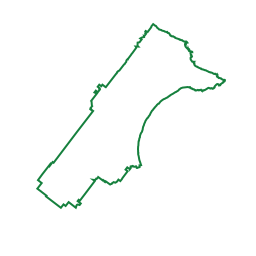 outline of Busselton, Western Australia, Australia, rotated 127°
{"feature_id": "25037944B46798430259876", "entity_name": "Busselton", "entity_type": "district", "adm_level": 2, "iso_a3": "AUS", "parent_name": "Australia", "parent_adm1": "Western Australia", "projection": "albers", "projection_center": [115.148, -33.685], "detail": "fine", "context": "isolated", "style": "outline", "palette": "green", "viewbox_px": 256, "rotation_deg": 127, "n_neighbors": 0, "source": "geoboundaries", "source_scale": "gbopen_adm2", "svg_char_len": 5555}
<svg xmlns="http://www.w3.org/2000/svg" viewBox="0 0 256 256"><g transform="rotate(127 128 128)"><path d="M204.1,168.4L216.6,168.6L223.8,168.5L223.9,163.8L231.0,163.9L231.1,152.3L232.0,152.3L232.1,133.6L227.8,133.5L227.8,130.9L222.9,130.8L223.1,121.7L222.0,122.0L221.1,122.5L220.0,122.5L219.3,122.0L218.6,120.3L216.7,120.3L216.7,124.2L215.0,124.2L215.0,122.7L190.3,122.6L190.3,124.5L189.8,123.6L188.9,123.0L188.5,122.9L187.6,122.9L187.6,122.5L187.1,122.3L185.7,122.2L185.1,122.3L185.1,116.6L184.5,116.6L184.5,114.3L185.0,114.3L185.0,113.7L184.0,113.7L183.9,108.4L183.7,108.4L182.6,107.5L182.1,107.3L181.5,107.5L181.0,107.4L180.4,106.9L179.8,106.8L179.7,106.3L179.5,105.9L179.4,105.4L179.2,105.1L178.4,104.9L178.2,104.7L177.3,104.6L177.2,104.5L175.0,104.6L175.0,102.2L174.9,102.2L172.7,102.1L171.2,102.3L162.7,102.3L162.7,104.9L159.9,104.9L160.0,103.5L159.9,103.2L159.7,103.1L159.7,102.8L159.6,102.6L159.7,102.3L159.5,101.9L159.7,101.7L159.0,101.7L158.6,102.0L158.2,101.8L157.5,102.4L157.4,102.6L157.2,102.7L157.0,102.4L156.6,102.4L156.5,102.2L156.3,101.8L156.1,101.4L155.8,101.4L155.8,101.6L155.7,101.6L155.4,101.4L155.4,100.1L154.9,99.3L153.8,98.6L154.3,97.6L154.2,97.4L154.6,97.0L154.4,96.6L153.7,96.2L153.3,96.1L152.3,95.2L151.4,95.7L150.9,96.3L149.8,95.2L148.1,97.6L146.7,99.7L143.9,102.7L143.0,103.9L141.8,104.9L141.6,104.8L140.6,105.9L140.1,106.2L139.0,107.2L137.5,108.2L137.0,108.6L135.7,109.2L134.7,109.9L132.1,111.6L131.7,111.5L129.4,112.7L128.2,112.9L127.1,113.7L126.5,113.9L124.5,114.5L122.4,114.6L121.4,115.1L120.7,115.2L119.3,116.0L117.7,116.7L116.5,116.9L114.7,117.6L113.1,117.9L111.9,118.3L109.4,118.5L108.4,118.5L107.5,118.2L106.5,118.5L104.6,118.4L102.4,118.9L99.8,119.2L98.7,119.0L96.8,119.1L96.5,118.9L95.5,119.0L92.8,118.7L92.2,118.8L90.3,118.4L90.0,118.0L87.4,118.0L85.0,117.4L83.4,116.8L82.7,116.3L80.7,115.4L79.7,114.8L78.7,114.7L77.4,114.1L77.2,114.2L75.2,113.5L73.8,112.8L72.9,112.5L71.4,111.9L70.9,111.8L70.3,111.3L69.5,111.1L68.8,110.7L67.8,110.4L66.2,110.3L65.7,110.0L64.6,109.8L62.9,108.7L59.3,104.9L59.0,104.1L58.0,103.1L58.1,102.8L58.5,102.5L58.2,101.8L58.4,101.4L58.3,101.0L57.9,100.6L58.1,99.8L57.4,98.8L57.6,98.0L57.3,97.2L57.5,96.8L57.3,96.5L57.1,96.5L57.1,96.2L55.6,95.2L55.6,94.5L55.0,94.2L54.8,93.6L54.4,93.5L53.5,92.7L53.9,91.9L53.9,91.2L53.7,91.3L53.0,91.1L52.7,90.7L52.8,90.3L52.7,90.1L52.3,90.0L51.9,90.0L51.1,89.3L47.6,88.0L47.2,87.4L47.2,87.1L47.1,86.8L47.2,86.4L47.3,86.5L47.2,86.3L47.0,86.0L46.1,85.6L45.7,84.9L45.9,84.2L45.7,84.0L45.4,84.1L45.2,83.7L44.9,83.5L43.9,83.3L43.9,83.6L42.3,83.8L39.9,83.5L39.2,83.2L38.8,82.6L38.8,82.1L39.1,81.4L38.8,81.4L38.6,81.1L38.9,80.7L38.8,80.3L38.3,80.1L38.0,80.4L37.3,80.5L36.9,80.2L35.9,80.0L34.9,79.5L34.5,79.7L34.0,79.3L33.8,79.3L33.7,79.5L33.4,79.5L32.6,79.0L32.2,79.3L31.8,79.2L31.4,79.4L31.4,79.7L31.9,79.8L31.8,80.1L32.2,80.9L32.3,81.6L32.5,81.7L32.5,83.2L32.4,83.6L32.8,84.0L32.8,84.8L33.3,85.5L33.2,86.1L33.4,86.1L33.3,86.6L33.4,87.4L33.4,87.7L33.1,87.7L33.0,88.0L32.3,88.1L31.9,88.7L31.6,88.7L31.5,88.9L31.6,89.0L32.0,88.9L31.8,89.2L32.0,89.2L32.3,89.8L32.2,91.0L32.6,91.2L32.8,91.7L33.0,91.8L33.0,92.2L33.2,92.5L33.3,94.0L33.8,95.5L34.1,95.6L34.4,96.9L34.6,97.2L34.6,97.9L34.9,99.1L35.1,100.7L35.5,101.1L35.7,102.1L36.0,102.8L36.0,103.2L36.6,104.1L36.6,104.7L36.5,105.0L36.8,105.2L36.7,105.5L37.0,106.8L37.1,107.0L37.2,107.5L37.5,109.0L37.3,109.3L37.5,109.9L37.7,110.1L37.9,111.7L37.7,112.7L37.1,113.2L36.9,113.8L36.2,114.0L36.2,114.4L36.2,114.5L36.1,114.9L36.3,114.9L36.1,115.2L36.2,115.5L36.1,115.4L36.0,115.7L35.7,115.6L36.4,116.6L35.6,119.1L34.9,119.8L34.0,120.4L33.5,120.4L33.0,119.9L32.3,120.0L32.0,120.7L32.1,120.9L31.9,121.0L31.9,121.5L31.5,121.5L31.4,121.9L31.3,122.4L31.2,122.5L30.7,123.1L30.1,123.4L29.1,123.1L29.2,124.5L29.6,124.7L29.6,125.3L29.4,125.9L29.2,126.0L28.7,126.0L28.3,126.5L28.3,126.8L28.6,126.9L28.5,127.2L28.8,127.3L28.6,127.6L28.8,127.5L28.7,127.7L28.9,128.0L28.8,128.7L28.7,128.7L28.6,130.0L28.4,130.9L28.0,131.6L27.1,132.7L26.1,133.2L25.8,133.1L25.8,132.7L25.6,132.9L24.9,132.6L24.7,132.3L24.3,132.3L24.1,132.1L23.9,132.8L24.0,132.9L23.9,133.3L23.9,133.7L24.4,134.1L24.7,134.6L25.0,135.0L25.2,135.4L25.4,136.2L25.3,137.6L25.8,138.2L25.8,138.7L26.1,139.1L26.2,139.8L26.3,139.9L26.1,140.1L27.4,143.8L27.6,144.7L27.4,144.9L27.3,145.3L27.6,146.2L27.5,146.9L28.0,147.6L28.3,147.8L28.2,148.2L28.6,149.0L28.5,149.4L28.6,149.7L28.3,150.0L28.4,150.6L27.8,151.5L27.8,152.1L27.6,152.5L28.1,153.3L27.7,154.4L28.2,154.6L28.4,155.8L28.8,156.4L28.9,157.6L29.6,159.1L29.8,159.9L29.7,160.3L30.6,162.5L30.3,163.6L30.4,163.9L30.4,164.9L29.7,166.9L29.7,167.3L30.0,167.8L29.9,168.5L29.9,170.4L32.8,170.5L33.6,170.1L39.5,170.1L39.9,172.3L40.5,172.2L40.3,171.2L41.9,171.2L41.9,170.3L45.1,170.3L45.1,170.5L45.7,169.9L47.1,171.2L49.1,172.1L49.1,170.4L52.6,170.4L54.0,171.7L56.6,169.9L56.8,168.8L58.3,170.9L58.5,170.2L59.1,169.7L65.8,169.6L66.8,169.7L67.7,169.6L72.8,169.6L73.0,169.8L73.4,169.8L73.5,169.6L73.7,169.8L74.2,169.9L75.0,169.9L76.3,169.2L77.6,169.3L78.6,169.1L79.6,169.4L87.4,169.5L88.4,170.1L89.7,170.1L89.9,170.3L90.5,170.2L91.1,169.9L91.8,170.1L108.8,170.3L108.9,170.7L108.8,171.2L108.8,174.5L110.7,174.5L110.7,177.0L113.3,177.0L113.3,174.5L114.1,174.5L114.1,173.9L114.2,173.6L117.5,173.7L117.5,176.2L119.8,176.2L119.3,173.6L128.5,173.7L128.5,173.3L132.2,170.0L132.2,169.8L134.7,169.9L134.8,169.3L135.7,169.3L135.7,167.7L135.4,167.7L135.4,166.1L162.3,166.4L200.5,166.5L200.5,167.7L204.9,167.7L204.1,168.4ZM28.8,122.7L28.7,123.3L29.0,123.5L29.0,122.6L28.8,122.3L28.6,122.5L28.8,122.7Z" fill="none" stroke="#15803d" stroke-width="2"/></g></svg>